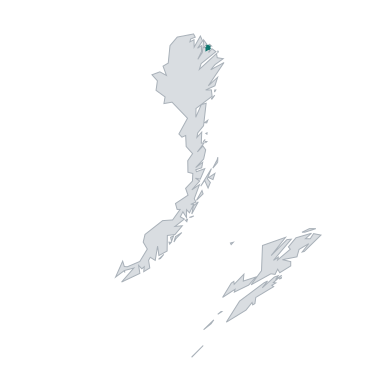 location of Bergen nor, Hordaland, Norway, rotated 138°
{"feature_id": "86288312B18429617226236", "entity_name": "Bergen nor", "entity_type": "district", "adm_level": 2, "iso_a3": "NOR", "parent_name": "Norway", "parent_adm1": "Hordaland", "projection": "natural_earth1", "projection_center": [5.29, 60.365], "detail": "fine", "context": "in_parent", "style": "filled", "palette": "teal", "viewbox_px": 384, "rotation_deg": 138, "n_neighbors": 0, "source": "geoboundaries", "source_scale": "gbopen_adm2", "svg_char_len": 5176}
<svg xmlns="http://www.w3.org/2000/svg" viewBox="0 0 384 384"><g transform="rotate(138 192 192)"><path d="M225.1,184.2L212.5,187.0L214.7,189.0L212.0,194.5L197.1,192.3L194.3,199.0L184.4,199.8L179.0,205.2L181.8,209.4L174.2,218.1L165.9,220.1L165.9,229.7L158.9,238.2L162.8,239.5L162.9,243.9L146.0,249.8L146.7,272.1L153.7,276.5L148.4,280.7L150.7,291.6L143.3,297.8L143.3,305.9L135.5,302.8L133.0,295.7L129.3,304.9L123.4,303.7L110.4,315.5L99.3,317.0L85.1,308.4L86.0,304.9L90.6,306.6L93.1,305.0L88.6,303.8L93.5,298.2L81.4,302.3L83.1,297.2L91.7,295.1L87.1,294.5L90.9,290.0L98.9,286.7L91.0,288.7L81.6,297.2L82.1,291.8L86.7,291.4L81.5,287.5L86.3,284.5L81.3,285.2L80.3,280.3L99.3,281.3L104.5,278.2L81.2,278.5L83.4,274.9L79.6,270.2L89.7,271.3L96.3,270.3L81.6,266.8L108.8,260.0L96.2,260.1L103.9,255.6L113.6,258.7L109.3,254.9L113.0,249.7L133.1,251.4L139.2,245.0L126.6,250.7L122.1,248.5L139.1,233.5L148.2,232.1L151.8,229.3L144.7,230.0L152.4,222.1L150.1,220.4L161.2,218.2L153.1,218.9L153.6,214.2L161.3,208.7L172.9,207.7L164.2,206.9L168.6,203.5L174.3,206.0L175.1,204.1L166.9,200.8L177.3,196.0L180.2,200.0L178.9,195.0L190.7,193.7L181.5,192.5L194.8,185.5L195.8,181.9L201.2,183.7L198.9,181.7L207.8,178.2L207.9,182.5L213.2,176.6L212.0,183.4L217.3,181.4L215.8,177.0L227.7,177.8L221.8,173.4L233.1,171.8L239.4,176.2L250.0,164.8L259.1,166.9L253.8,174.8L265.1,165.8L266.7,171.4L270.0,170.3L274.2,163.8L281.2,165.1L277.5,168.4L280.7,168.5L280.8,173.2L285.2,166.4L304.6,172.2L286.1,174.4L294.8,178.9L305.7,179.9L289.8,187.0L292.2,181.9L290.1,179.7L277.3,175.3L263.4,179.5L261.8,187.4L255.3,191.9L233.0,190.4L225.1,184.2ZM168.1,71.0L180.8,73.3L180.0,77.3L185.4,75.2L188.1,78.4L210.2,83.5L193.0,87.0L175.4,105.1L152.8,95.7L175.7,91.8L153.3,93.1L149.8,90.5L177.2,86.7L171.4,85.8L173.9,84.2L157.2,83.7L157.1,86.7L145.4,88.4L130.8,81.4L139.0,81.4L135.4,78.1L129.5,79.7L125.0,73.7L148.4,72.7L150.3,73.7L139.8,75.5L150.9,77.7L157.4,73.6L170.1,81.2L165.2,74.2L168.1,71.0ZM194.6,67.0L215.1,71.0L219.9,67.0L222.4,67.5L221.3,69.7L230.9,68.1L253.6,72.3L229.6,79.1L199.1,76.3L195.4,75.3L203.9,73.8L187.8,73.7L183.9,72.1L188.4,71.1L181.0,70.1L192.1,70.3L190.5,68.3L195.1,69.3L194.6,67.0ZM212.2,84.9L227.5,89.3L225.1,90.9L239.8,93.2L223.8,98.0L220.7,97.6L222.4,95.2L208.4,96.2L213.5,91.5L201.4,86.1L212.2,84.9ZM174.8,192.2L181.6,190.5L161.9,196.4L171.7,191.6L172.0,186.8L177.4,184.2L174.8,192.2ZM185.0,183.2L194.3,182.8L183.6,186.4L185.0,183.2ZM193.9,180.5L206.9,175.8L200.3,180.7L193.9,180.5ZM124.5,81.9L134.8,86.5L137.2,88.5L129.2,86.2L124.5,81.9ZM168.1,187.2L170.0,191.6L162.5,190.5L168.1,187.2ZM238.9,166.9L234.1,169.9L226.7,168.7L235.0,168.1L238.9,166.9ZM240.1,169.1L238.2,172.7L235.1,171.7L240.1,169.1ZM153.5,196.8L160.6,195.8L153.0,198.7L153.5,196.8ZM302.3,69.6L286.4,70.4L302.8,69.4L302.3,69.6ZM266.0,81.3L275.5,81.9L261.3,82.4L266.0,81.3ZM254.7,164.5L260.0,163.7L261.8,164.4L254.7,164.5ZM243.5,168.2L242.7,170.1L241.1,168.5L243.5,168.2ZM215.7,173.4L215.8,175.4L213.7,174.7L215.7,173.4ZM198.1,126.7L197.6,128.4L194.9,127.0L198.1,126.7ZM254.7,83.9L250.3,83.7L249.8,83.1L254.7,83.9ZM134.8,233.5L136.3,235.1L132.3,234.8L134.8,233.5ZM206.6,173.0L209.3,173.7L211.0,174.9L206.6,173.0ZM183.6,68.1L185.6,69.1L182.7,68.7L183.6,68.1ZM114.9,248.5L110.3,248.7L115.1,247.7L114.9,248.5ZM108.4,251.2L106.8,252.6L106.0,251.9L108.4,251.2ZM151.8,199.1L149.5,200.6L152.0,198.0L151.8,199.1ZM80.7,288.1L80.2,290.5L79.8,287.4L80.7,288.1ZM148.3,220.8L147.2,219.5L148.6,219.5L148.3,220.8ZM295.7,177.1L295.4,178.6L295.1,178.3L295.7,177.1ZM149.6,222.0L147.0,222.3L150.1,221.7L149.6,222.0ZM142.2,225.0L142.5,226.3L141.2,225.9L142.2,225.0ZM79.4,278.4L78.3,279.8L78.6,278.6L79.4,278.4Z" fill="#d9dde1" stroke="#a8b0b8" stroke-width="1"/><path d="M86.1,287.6L85.9,287.7L85.7,287.6L85.4,287.7L85.1,287.8L84.9,287.7L84.7,287.5L84.6,287.4L84.5,287.5L84.5,287.8L84.5,287.6L84.4,287.5L84.4,287.4L84.2,287.2L84.0,286.9L83.8,286.7L83.6,286.7L83.4,286.6L83.2,286.6L82.9,286.6L82.7,286.7L82.6,286.8L82.6,287.1L82.8,287.2L82.7,287.3L83.0,287.4L82.9,287.4L83.2,287.5L82.9,287.5L82.8,287.4L82.8,287.5L83.0,287.7L83.0,287.8L83.0,287.7L83.1,287.8L83.2,288.0L83.3,288.2L83.5,288.2L83.5,288.3L83.3,288.2L83.3,288.3L83.0,288.1L82.9,288.1L83.0,288.1L82.9,288.1L82.7,288.1L82.4,288.1L82.2,288.1L82.0,288.3L81.9,288.3L81.9,288.5L82.0,288.6L81.9,288.6L82.0,288.7L82.0,288.8L82.3,288.8L82.4,288.7L82.5,288.5L82.4,288.6L82.5,288.8L82.6,289.0L82.7,288.9L82.7,289.0L82.8,288.9L82.9,289.0L83.1,288.9L83.3,288.7L83.3,288.8L83.3,289.0L83.2,289.1L82.9,289.0L82.8,288.9L82.6,289.0L82.4,289.0L82.2,289.0L82.2,289.3L82.2,289.5L82.3,289.5L82.5,289.7L82.8,289.5L82.7,289.6L82.8,289.6L83.0,289.7L83.3,289.6L83.3,289.8L83.2,289.8L83.0,290.0L83.0,289.9L82.9,290.0L82.7,290.1L82.5,290.3L82.8,290.4L82.9,290.2L83.0,290.3L83.0,290.2L82.9,290.2L83.0,290.2L83.3,290.2L83.5,290.1L83.8,290.0L83.9,289.9L84.0,289.9L84.3,289.7L84.6,289.6L84.8,289.4L85.1,289.5L85.1,289.4L85.2,289.2L85.3,289.1L85.4,288.9L85.6,288.9L85.8,288.7L85.7,288.6L85.7,288.3L85.7,288.2L85.9,288.0L86.2,288.0L86.4,287.8L86.6,287.7L86.2,287.5L86.1,287.6ZM82.7,289.6L82.4,289.7L82.5,289.8L82.4,289.8L82.5,289.9L82.8,289.8L82.8,289.7L82.7,289.7L82.7,289.6Z" fill="#14b8a6" stroke="#0f766e" stroke-width="1.5"/></g></svg>